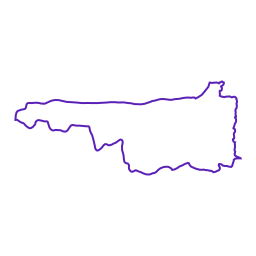 the district of Purulhá, Baja Verapaz, Guatemala
{"feature_id": "79465075B41794626766416", "entity_name": "Purulhá", "entity_type": "district", "adm_level": 2, "iso_a3": "GTM", "parent_name": "Guatemala", "parent_adm1": "Baja Verapaz", "projection": "robinson", "projection_center": [-89.998, 15.218], "detail": "fine", "context": "isolated", "style": "outline", "palette": "violet", "viewbox_px": 256, "rotation_deg": 0, "n_neighbors": 0, "source": "geoboundaries", "source_scale": "gbopen_adm2", "svg_char_len": 5630}
<svg xmlns="http://www.w3.org/2000/svg" viewBox="0 0 256 256"><path d="M240.6,158.4L240.5,158.1L239.3,157.6L237.7,157.0L235.8,156.1L234.9,155.3L234.6,154.1L234.9,153.0L235.2,151.6L234.6,150.4L234.5,149.2L235.0,147.7L234.9,146.3L235.1,145.1L234.7,144.0L234.9,142.7L235.0,142.4L234.8,142.4L234.0,141.9L233.6,141.5L233.3,141.0L233.1,140.6L233.0,140.3L232.9,139.8L232.9,139.4L233.0,139.1L233.4,138.9L233.7,138.8L234.0,138.5L234.2,138.1L234.2,137.8L234.2,137.5L234.1,137.0L234.1,136.3L234.0,135.7L234.0,135.2L233.9,134.9L233.8,134.5L233.8,134.0L233.9,133.6L234.0,133.2L234.2,132.9L234.3,132.6L234.5,132.4L234.8,132.1L235.0,131.9L235.1,131.6L235.1,131.0L235.0,129.9L234.9,129.4L234.8,129.1L234.4,128.9L234.1,128.8L233.9,128.7L233.5,128.5L233.4,128.1L233.5,127.8L233.9,127.1L234.1,126.5L234.2,126.3L234.3,125.8L234.4,125.4L234.5,125.0L234.6,124.6L234.8,124.2L234.9,123.7L235.2,123.2L235.6,122.5L235.9,122.0L236.0,121.6L236.1,120.9L236.0,119.2L235.8,118.7L235.6,118.4L235.4,118.2L235.2,117.9L235.0,117.5L235.1,117.0L235.3,116.8L235.5,116.7L236.0,116.6L236.0,116.1L235.9,115.8L235.8,115.5L235.6,114.9L235.6,114.5L235.5,113.9L235.5,113.6L235.6,113.0L235.7,112.5L235.7,112.1L235.7,111.7L235.5,111.3L235.4,110.9L235.4,110.5L235.5,110.0L235.6,109.4L235.7,109.1L235.9,108.9L236.1,108.7L236.4,108.5L236.5,108.0L236.7,107.1L236.8,106.1L236.8,105.4L236.8,104.9L236.6,104.4L236.5,104.0L236.5,103.6L236.6,103.2L236.8,102.6L236.9,102.3L237.0,102.0L237.0,101.7L237.0,101.3L236.9,100.8L236.8,100.4L236.6,100.0L236.5,99.7L236.4,99.2L236.5,98.6L236.4,98.3L236.2,98.0L235.9,97.7L235.4,97.3L235.1,97.0L234.7,96.8L234.3,96.8L233.8,96.8L233.4,96.8L232.9,96.9L232.6,97.2L232.2,97.3L231.7,97.3L231.4,97.2L231.0,97.1L230.6,96.8L230.2,96.7L229.9,96.5L229.6,96.5L229.3,96.4L227.3,96.6L226.2,96.7L225.6,96.7L225.1,96.9L224.8,97.0L224.5,97.1L224.2,97.1L223.6,97.0L223.2,96.9L222.9,96.8L222.5,96.7L222.2,96.7L221.7,96.6L221.4,96.6L221.1,96.4L220.7,96.2L220.1,96.0L219.8,95.8L219.8,95.5L219.9,95.1L219.7,91.7L219.7,91.2L219.8,90.8L220.2,90.7L220.5,90.7L221.1,90.7L221.3,90.5L221.5,90.3L221.7,89.9L221.8,89.4L221.9,89.0L221.9,88.6L221.9,88.3L221.9,87.9L221.8,87.6L221.6,87.3L221.4,87.1L221.2,86.9L221.0,86.5L221.2,86.2L221.5,86.0L222.0,85.7L222.6,85.4L222.9,85.1L223.2,84.8L223.4,84.6L223.5,84.3L223.7,83.7L223.9,83.0L223.8,82.5L223.5,82.4L223.1,82.3L222.7,81.9L222.4,81.6L222.1,81.5L221.8,81.5L221.4,81.7L221.0,82.0L220.7,82.1L220.4,82.2L220.1,82.3L219.8,82.5L219.7,82.7L219.5,83.0L219.3,83.3L219.0,83.4L218.7,83.3L218.4,83.1L218.1,82.9L217.9,82.8L217.4,82.7L217.1,82.6L216.8,82.6L216.5,82.5L215.4,82.7L213.9,82.7L212.3,82.9L211.9,82.9L211.3,82.9L211.0,82.8L210.7,82.8L210.4,82.7L210.2,82.6L209.9,82.5L209.7,82.5L208.3,86.9L203.4,93.0L201.6,95.0L201.2,95.2L198.5,97.0L195.6,98.5L194.7,97.6L192.4,97.5L191.0,97.8L188.1,97.5L185.5,97.7L183.0,98.0L179.5,98.8L176.1,99.0L170.8,99.9L163.4,99.0L160.8,99.1L158.5,99.5L156.5,100.2L151.7,101.2L150.0,102.1L148.0,102.6L145.0,103.7L141.3,104.3L134.6,104.1L130.7,103.2L128.7,103.1L123.8,102.4L118.1,102.5L115.5,102.2L109.4,102.2L108.7,102.4L96.9,103.1L86.9,103.0L82.1,103.1L76.1,102.5L66.7,101.9L58.7,100.1L55.2,100.0L52.4,100.5L51.0,100.9L48.0,102.2L47.0,102.7L46.3,103.0L45.0,103.6L43.6,103.8L42.8,103.5L41.4,103.6L38.9,103.0L36.0,102.7L31.0,103.1L28.9,102.9L27.7,103.2L27.4,103.4L27.2,103.6L27.0,103.8L26.8,104.1L26.3,105.3L26.0,107.3L25.4,108.4L24.9,108.9L23.6,109.3L21.6,109.6L17.8,110.9L16.6,112.3L15.8,115.1L15.4,119.9L17.0,119.8L17.7,120.2L19.8,121.7L20.6,122.1L21.7,122.7L23.0,123.0L23.8,123.5L24.4,124.0L25.3,125.2L26.6,126.4L27.2,126.8L28.1,127.5L29.3,128.1L30.3,128.2L31.5,127.8L32.5,127.2L33.4,126.4L34.1,125.4L34.8,124.8L35.3,123.9L35.5,122.6L35.9,121.6L37.5,120.3L38.7,120.1L40.5,120.4L43.9,121.3L45.5,121.4L46.9,121.4L47.2,121.5L47.5,121.6L47.8,122.1L48.2,123.5L48.5,124.3L49.4,127.3L50.4,128.9L51.8,130.1L53.2,130.5L55.6,129.9L59.4,130.2L60.5,130.2L63.1,131.4L64.5,131.6L65.4,131.6L66.6,131.1L67.5,130.4L69.7,127.2L71.1,125.4L72.4,125.0L73.6,125.1L74.5,125.4L77.6,125.7L79.0,125.6L86.4,126.3L88.5,126.3L88.9,126.6L89.1,126.9L89.4,127.4L90.0,130.7L91.1,133.3L91.8,134.6L92.0,134.9L92.4,136.1L92.9,138.0L93.4,139.7L93.7,141.0L94.4,144.0L94.8,145.7L95.1,147.5L95.3,148.2L95.8,149.5L97.0,150.5L98.2,150.4L100.2,149.1L101.7,147.8L102.2,147.1L103.9,145.0L105.2,144.1L106.7,144.3L108.4,145.2L110.0,145.2L112.0,144.5L113.5,143.6L115.6,142.8L119.8,139.8L120.6,139.6L121.4,139.7L121.7,139.9L122.3,140.6L122.6,141.5L122.7,142.8L122.0,146.0L122.1,149.6L122.5,151.5L123.1,153.4L123.6,155.7L123.7,157.2L124.1,160.6L124.6,162.0L125.3,162.7L125.9,163.1L127.7,163.5L128.6,164.4L129.0,165.3L128.9,168.2L129.1,169.1L130.1,170.7L131.0,171.4L132.0,171.8L133.9,171.2L134.8,170.7L135.4,170.3L136.3,170.4L137.9,171.2L140.2,171.9L143.9,173.6L146.3,174.4L149.5,174.5L151.8,173.7L152.4,173.3L154.4,173.0L155.5,172.4L156.4,171.8L158.2,169.9L160.4,168.3L162.9,167.3L163.4,167.1L164.7,166.9L166.5,166.7L168.0,166.8L169.3,167.3L170.6,168.0L171.5,168.8L172.2,169.9L174.4,169.5L177.6,167.9L179.4,166.5L182.6,165.3L184.2,164.3L185.6,163.7L187.8,162.9L188.9,163.2L189.3,164.4L190.9,166.5L194.6,168.2L197.1,169.1L198.8,169.4L199.2,169.7L202.0,169.8L203.7,169.6L206.0,170.2L206.8,170.1L208.7,170.4L209.5,170.8L210.3,170.7L211.6,170.9L213.4,172.2L215.4,171.8L218.0,170.6L219.0,170.2L219.2,169.8L219.8,169.0L219.9,168.0L219.8,167.4L219.2,166.4L219.1,165.8L218.8,165.6L218.8,164.6L219.2,164.0L221.2,164.3L222.0,164.7L222.7,165.5L224.0,165.9L227.0,166.0L228.8,166.6L231.3,166.9L232.2,165.9L232.4,165.4L232.4,164.8L233.2,162.8L233.2,162.2L233.7,161.1L233.8,159.9L235.1,158.7L237.7,158.3L240.6,158.4Z" fill="none" stroke="#5b21b6" stroke-width="2"/></svg>